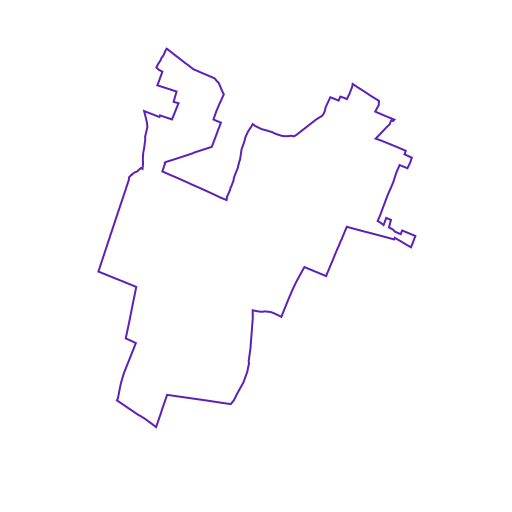 Dzoncauich, Yucatán, Mexico, rotated 106°
{"feature_id": "50627088B45441994431912", "entity_name": "Dzoncauich", "entity_type": "district", "adm_level": 2, "iso_a3": "MEX", "parent_name": "Mexico", "parent_adm1": "Yucatán", "projection": "orthographic", "projection_center": [-88.865, 21.095], "detail": "fine", "context": "isolated", "style": "outline", "palette": "violet", "viewbox_px": 512, "rotation_deg": 106, "n_neighbors": 0, "source": "geoboundaries", "source_scale": "gbopen_adm2", "svg_char_len": 3884}
<svg xmlns="http://www.w3.org/2000/svg" viewBox="0 0 512 512"><g transform="rotate(106 256 256)"><path d="M448.0,304.9L433.7,304.1L429.3,304.0L414.0,303.2L408.4,262.8L406.9,250.9L405.3,239.4L400.5,237.4L400.2,237.4L393.2,236.1L381.3,233.3L370.1,232.5L369.3,232.5L364.8,232.9L361.3,233.0L359.4,234.0L346.2,235.9L316.5,242.0L309.1,244.2L308.6,237.9L307.8,234.2L306.9,232.6L305.8,226.6L306.1,222.6L306.7,219.3L307.5,214.8L303.9,214.5L300.9,214.2L297.2,213.8L292.4,213.3L285.5,212.5L279.6,211.8L272.1,210.6L266.2,209.4L258.3,207.6L253.8,206.5L253.3,206.4L254.2,198.5L255.8,184.5L256.0,183.0L254.1,182.9L236.3,180.8L234.4,180.6L233.9,180.6L226.6,179.7L223.3,179.2L222.0,179.1L217.5,178.6L216.4,178.2L215.6,178.2L215.0,178.2L213.4,178.0L209.0,177.5L202.9,176.8L202.6,157.4L202.5,155.5L202.3,147.6L202.3,146.7L202.1,137.1L202.0,127.8L200.3,127.6L200.9,125.2L202.0,120.7L202.7,118.3L202.8,117.7L203.6,114.8L204.7,110.3L204.9,109.4L192.8,108.3L191.2,122.5L195.1,122.9L194.9,124.9L194.2,129.4L192.9,131.5L191.8,136.1L184.1,136.2L183.5,141.3L191.1,141.9L189.7,145.3L188.8,148.7L182.6,147.9L174.4,147.3L162.2,146.3L157.8,145.8L155.9,145.5L151.5,144.9L148.7,144.6L147.1,144.4L143.2,144.3L137.0,144.1L129.0,143.0L129.9,134.6L123.5,133.5L119.9,133.4L118.5,133.4L117.4,141.2L113.6,141.0L112.7,147.8L112.3,151.1L110.5,168.0L110.2,172.8L110.2,173.0L110.2,173.3L103.4,169.7L96.1,165.9L92.5,163.8L89.3,163.6L88.3,163.1L88.5,161.5L86.8,160.6L85.7,170.7L84.8,177.7L84.3,181.2L80.5,180.4L77.0,179.6L73.0,180.5L70.2,190.5L68.8,194.7L67.0,200.7L65.7,205.1L64.0,210.5L66.4,210.2L68.1,210.3L71.2,210.6L73.5,210.7L75.3,211.0L78.2,211.6L80.1,211.9L79.7,215.3L79.5,218.8L83.8,219.4L82.9,228.3L93.9,230.1L97.1,229.8L100.3,230.1L102.9,231.0L108.2,235.8L126.3,249.0L126.7,249.2L126.9,249.3L129.6,251.5L130.8,253.4L130.6,255.2L131.8,257.7L132.2,259.2L133.0,261.6L133.4,265.0L133.1,271.7L132.8,272.8L132.6,273.9L132.5,274.7L132.4,280.1L132.4,281.1L132.5,285.6L132.2,287.4L132.1,288.2L131.9,288.9L131.8,289.5L131.3,292.3L130.1,295.5L130.7,295.6L130.8,295.7L132.6,296.1L138.6,298.0L143.9,298.8L144.2,298.9L144.5,298.9L148.1,298.8L149.4,298.8L150.7,298.8L157.6,299.3L160.1,298.9L168.0,297.9L169.8,298.1L172.8,297.9L173.9,298.1L175.8,297.7L182.0,298.4L187.0,298.8L189.6,298.4L195.6,298.9L197.0,299.3L198.1,299.2L199.2,299.1L205.3,299.9L206.8,300.2L210.3,299.7L209.6,306.6L208.2,314.7L207.0,322.9L206.0,329.4L204.9,337.9L204.2,342.1L202.8,352.1L200.6,369.3L192.9,369.0L192.8,368.9L192.3,368.9L191.5,369.4L190.6,368.8L186.7,362.8L174.5,344.8L174.0,344.5L169.1,337.3L163.3,328.6L161.0,328.4L151.3,327.6L147.0,327.3L141.6,326.8L137.5,326.5L137.0,330.8L136.5,334.5L136.3,334.5L128.9,334.1L128.7,334.1L128.4,334.1L120.0,333.1L115.7,332.4L109.5,331.5L106.8,334.0L101.9,337.9L99.8,339.7L98.8,341.6L96.6,344.9L95.3,355.3L95.3,355.5L94.8,359.5L94.1,364.5L93.8,367.4L91.3,373.7L90.3,376.6L84.6,390.8L81.3,398.9L82.4,399.4L83.1,399.5L83.8,399.7L86.9,400.0L89.1,400.4L92.0,401.5L94.2,401.7L99.0,403.2L102.3,403.7L103.8,400.6L104.6,396.8L106.5,396.9L110.2,397.2L115.3,397.5L119.1,397.9L119.5,385.7L119.8,377.7L130.5,377.7L130.5,372.6L147.9,374.4L147.3,387.0L149.0,387.1L148.7,390.9L148.5,392.0L148.2,395.8L147.8,400.6L147.5,403.5L151.6,401.1L157.6,397.7L161.3,396.2L162.4,395.9L163.3,395.9L167.3,395.7L168.4,395.6L171.8,395.5L174.8,394.5L176.6,394.2L178.4,394.0L182.7,393.3L188.4,392.8L189.0,392.6L189.9,392.5L195.3,391.1L198.5,390.0L203.6,389.1L203.2,390.9L203.7,391.1L205.1,392.2L206.6,392.9L207.8,393.8L208.6,395.2L212.3,398.2L212.6,398.0L212.9,398.4L213.0,398.5L215.3,399.7L216.7,399.5L217.9,399.2L230.0,399.7L239.0,400.1L252.2,400.7L281.6,401.9L314.4,403.2L318.7,362.6L325.7,362.0L334.1,361.4L351.7,359.9L365.6,358.9L371.1,358.5L372.8,347.5L379.1,348.1L405.1,350.7L415.3,350.8L419.8,350.5L430.9,349.5L433.1,349.9L441.2,325.3L441.7,322.7L443.2,317.6L445.8,310.5L448.0,304.9Z" fill="none" stroke="#5b21b6" stroke-width="2"/></g></svg>